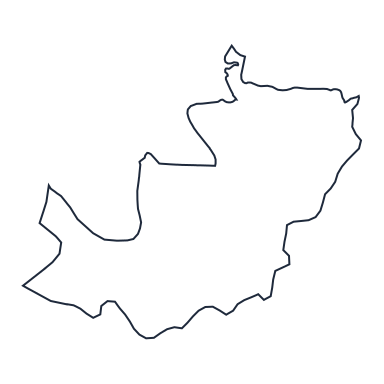 the district of Al Maqatirah, Lahij, Yemen
{"feature_id": "15242507B89654999321580", "entity_name": "Al Maqatirah", "entity_type": "district", "adm_level": 2, "iso_a3": "YEM", "parent_name": "Yemen", "parent_adm1": "Lahij", "projection": "robinson", "projection_center": [44.156, 13.13], "detail": "fine", "context": "isolated", "style": "outline", "palette": "slate", "viewbox_px": 384, "rotation_deg": 0, "n_neighbors": 0, "source": "geoboundaries", "source_scale": "gbopen_adm2", "svg_char_len": 4410}
<svg xmlns="http://www.w3.org/2000/svg" viewBox="0 0 384 384"><path d="M23.0,285.7L27.9,288.5L30.3,289.8L50.8,301.0L67.0,304.4L67.1,304.2L73.6,305.3L75.9,306.4L80.4,308.7L86.5,313.6L93.2,317.8L100.3,314.4L101.3,306.0L107.5,301.1L115.0,301.7L117.6,305.4L119.9,308.5L125.1,314.5L129.9,321.6L133.9,328.7L139.4,334.6L146.1,338.3L147.8,338.2L153.9,337.8L160.4,333.2L167.1,329.2L174.4,327.2L181.9,328.3L187.5,322.7L193.0,316.3L198.6,310.7L201.1,309.3L205.3,307.0L212.8,306.7L219.7,310.5L226.2,314.7L227.7,313.8L233.1,310.7L237.6,304.2L244.3,300.1L251.2,297.3L256.8,294.9L258.0,294.3L258.2,294.2L263.9,299.9L265.1,299.2L270.7,296.2L272.2,287.8L273.2,279.5L275.3,270.9L282.2,267.7L289.4,264.3L289.0,255.8L283.3,250.1L284.5,241.7L286.2,233.5L287.0,225.1L293.6,221.7L301.1,221.0L308.6,220.2L315.6,217.1L320.4,210.7L322.9,202.5L325.0,194.5L325.1,194.2L330.7,188.5L335.2,181.8L337.7,173.7L339.0,171.5L342.0,166.5L347.1,160.5L352.8,154.7L359.0,148.5L361.0,140.4L355.8,134.1L352.2,126.8L352.5,124.1L352.5,123.1L353.0,118.2L352.2,109.9L357.4,104.0L358.6,99.5L359.0,97.7L358.7,96.0L356.4,97.3L354.0,97.8L352.3,98.4L351.4,98.5L350.7,98.7L349.6,99.6L348.8,100.3L348.0,100.8L346.4,101.9L345.0,102.5L344.4,101.9L344.3,101.1L344.3,100.6L343.8,99.8L343.5,99.4L343.1,98.7L342.5,97.8L342.1,96.3L341.6,94.0L341.1,92.2L340.2,90.8L339.1,90.1L337.1,89.4L335.6,89.2L334.8,89.2L334.0,89.2L333.4,89.3L332.6,89.6L332.0,89.9L331.1,90.3L330.3,90.3L330.1,90.1L329.9,90.0L329.2,89.8L327.0,89.0L323.7,88.8L322.1,88.8L321.9,88.8L320.4,88.9L316.5,88.9L307.9,88.9L301.3,88.1L297.2,87.6L294.6,87.6L292.8,88.0L291.9,88.4L290.7,88.9L288.8,89.4L287.7,89.7L286.7,90.0L282.6,90.3L278.0,89.8L276.1,88.9L275.8,88.7L273.8,87.6L273.3,87.3L272.6,87.0L271.9,86.7L271.4,86.6L271.2,86.6L267.4,85.8L262.3,86.1L260.7,86.1L260.4,86.1L258.5,85.7L258.2,85.7L254.0,83.9L253.7,83.8L252.9,83.5L252.8,83.4L251.0,82.6L249.0,82.5L247.9,82.5L246.5,83.2L245.0,83.1L244.4,82.7L243.2,82.1L243.1,81.9L243.0,81.7L241.5,79.3L241.4,78.6L241.2,74.7L241.5,73.5L242.3,69.7L245.0,56.6L244.3,56.4L240.3,55.1L236.0,51.8L234.5,49.5L233.8,48.5L231.7,45.7L227.6,52.4L225.2,56.3L225.1,56.5L225.0,57.4L224.8,59.6L225.5,62.0L226.6,62.7L227.9,63.5L231.0,63.4L234.0,62.3L237.1,62.7L237.8,63.2L238.2,64.7L237.9,65.3L237.4,65.2L236.7,65.2L235.7,65.0L233.8,65.2L230.3,68.0L229.4,68.7L228.4,68.8L227.9,68.6L227.6,68.5L226.0,68.5L225.2,69.8L225.3,72.1L226.8,73.3L227.4,74.2L227.7,74.9L227.7,75.0L227.8,75.8L226.7,76.4L225.9,77.4L225.9,79.3L226.9,81.5L227.4,82.8L229.4,87.2L230.3,89.2L232.1,92.6L232.8,93.9L233.0,95.3L234.8,97.3L236.0,98.8L236.4,99.5L235.6,99.4L234.8,100.1L233.9,100.9L232.6,101.8L230.4,102.4L229.6,102.4L228.8,102.4L226.5,102.1L225.8,101.7L224.9,101.3L224.8,101.2L223.9,100.5L223.2,100.0L222.7,99.7L222.1,99.7L221.4,99.8L221.2,99.8L219.9,100.5L219.5,100.8L218.6,101.5L218.0,101.8L216.2,102.1L214.9,102.2L214.3,102.3L211.3,102.6L206.2,103.2L202.6,103.6L201.3,103.7L201.2,103.7L196.7,103.8L192.0,105.6L191.1,105.9L190.8,106.0L190.7,106.1L190.1,106.8L187.9,109.4L187.7,110.5L187.5,112.5L187.4,113.4L188.6,118.0L190.2,121.6L191.0,123.0L191.7,124.1L192.3,125.2L192.4,125.3L194.0,128.2L194.2,128.5L195.4,130.1L197.7,133.3L199.6,135.6L200.3,136.5L203.8,140.9L207.7,145.8L209.8,148.3L209.8,148.7L210.7,149.8L214.3,155.5L215.6,159.5L215.6,160.1L215.6,160.3L215.6,160.5L215.6,162.3L215.6,163.4L215.5,163.9L215.5,164.0L215.1,165.8L214.7,165.8L211.6,165.7L209.8,165.6L199.0,165.3L196.9,165.3L195.6,165.2L190.9,165.1L181.6,164.9L180.2,164.8L179.9,164.8L178.0,164.7L176.9,164.7L170.1,164.3L165.8,164.0L161.0,163.7L159.2,163.5L157.8,161.9L157.7,161.8L154.6,158.3L150.8,154.1L148.5,153.0L147.2,152.9L145.2,155.4L145.1,155.9L144.7,157.8L143.6,158.6L142.2,159.7L141.3,160.3L139.5,161.8L139.7,162.8L140.4,164.9L140.3,165.1L139.3,175.1L139.2,176.7L139.0,177.7L138.7,180.6L137.3,190.9L137.4,199.0L137.4,199.7L137.7,204.9L138.0,208.9L139.3,214.0L139.7,215.6L141.1,222.4L140.0,228.4L139.9,228.7L138.5,232.5L137.9,234.0L133.4,239.0L127.4,240.4L117.3,240.7L117.1,240.7L104.4,239.6L93.1,233.2L77.9,219.5L77.6,219.3L74.0,213.6L70.2,207.4L67.0,203.5L66.1,202.3L64.4,200.2L61.1,196.1L58.8,194.5L57.1,193.4L54.7,191.5L52.0,189.6L51.2,189.0L50.7,188.6L48.8,185.5L47.7,193.0L46.4,201.9L43.9,209.8L43.6,210.8L42.9,212.9L39.6,223.1L55.7,236.2L56.9,237.5L61.2,242.5L60.0,250.3L59.5,253.7L52.5,262.2L50.7,263.7L45.7,267.8L44.9,268.4L45.0,268.5L43.3,269.8L23.0,285.7Z" fill="none" stroke="#1e293b" stroke-width="2"/></svg>